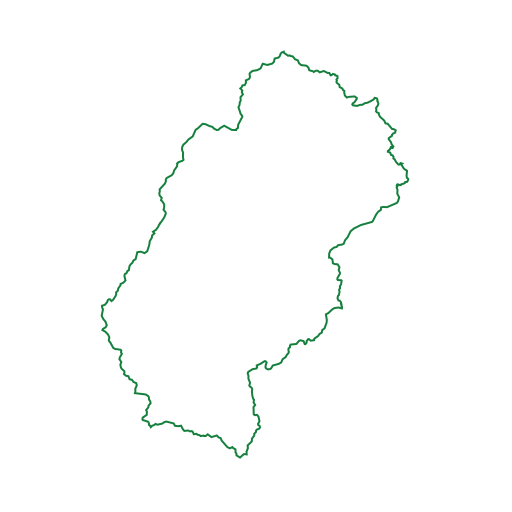 Phato, Chumphon, Thailand, rotated 347°
{"feature_id": "78962969B64090503691360", "entity_name": "Phato", "entity_type": "district", "adm_level": 2, "iso_a3": "THA", "parent_name": "Thailand", "parent_adm1": "Chumphon", "projection": "mercator", "projection_center": [98.813, 9.803], "detail": "fine", "context": "isolated", "style": "outline", "palette": "green", "viewbox_px": 512, "rotation_deg": 347, "n_neighbors": 0, "source": "geoboundaries", "source_scale": "gbopen_adm2", "svg_char_len": 6087}
<svg xmlns="http://www.w3.org/2000/svg" viewBox="0 0 512 512"><g transform="rotate(347 256 256)"><path d="M195.1,448.8L199.6,446.3L202.3,447.2L202.7,444.6L204.9,441.4L205.2,438.7L210.1,435.8L211.0,433.0L213.9,430.6L214.3,428.8L216.3,427.6L216.8,426.1L217.8,425.3L220.2,425.0L221.4,423.8L221.3,422.3L220.2,421.2L220.2,420.1L222.2,417.8L222.3,413.0L221.2,411.0L219.0,410.8L218.2,409.7L219.6,402.6L221.7,401.0L220.7,398.2L221.7,395.5L221.1,394.4L221.0,391.5L221.5,387.2L222.4,384.8L222.0,383.2L220.5,381.5L220.4,380.5L221.7,378.3L221.0,373.6L221.7,371.3L221.5,368.6L222.3,367.2L227.2,365.5L231.0,365.7L232.0,364.9L232.1,362.8L236.4,362.0L240.7,360.4L241.6,360.7L242.4,362.0L240.6,365.2L240.2,366.9L240.5,367.7L242.1,369.2L244.4,369.3L245.4,368.9L247.7,366.5L254.1,366.2L256.6,365.4L258.8,362.5L262.1,361.2L264.2,358.9L265.6,358.1L266.4,356.9L266.4,354.9L266.9,353.4L268.6,352.5L268.9,350.9L269.9,350.1L275.5,350.8L279.0,348.3L280.5,348.2L283.2,349.6L283.7,352.8L284.3,353.0L285.7,352.0L286.2,350.3L288.2,348.7L288.8,348.8L290.3,350.8L293.7,351.1L294.3,349.6L298.6,347.9L300.4,346.2L302.8,345.5L303.8,343.1L306.5,341.9L309.8,336.8L310.6,334.4L311.0,328.6L313.6,327.9L318.4,325.1L320.6,324.4L324.6,324.7L327.9,326.4L328.4,324.7L328.0,323.9L328.5,322.2L328.0,321.8L328.4,320.1L327.6,318.5L326.3,317.8L325.9,315.5L326.9,313.3L327.8,312.9L328.6,311.4L329.4,309.5L329.3,307.7L330.7,306.2L330.9,304.4L332.6,302.6L333.9,299.2L333.6,298.8L330.3,297.8L330.0,296.9L330.6,295.5L333.7,292.3L334.0,291.0L333.4,288.4L334.8,285.7L333.6,282.4L331.1,281.7L329.3,280.4L329.7,276.5L328.0,274.4L326.8,274.0L327.9,270.0L329.8,267.3L333.9,265.3L336.5,265.3L338.6,263.9L342.2,264.2L344.2,263.8L346.3,260.7L349.6,258.2L353.7,253.2L357.6,251.2L365.3,249.4L376.7,248.9L377.9,248.0L382.4,242.6L385.1,240.3L388.0,239.2L388.8,236.8L391.0,236.8L394.6,237.9L405.2,236.0L406.6,234.7L408.7,231.2L407.7,227.0L408.8,223.2L408.4,221.1L409.5,219.8L408.9,219.2L409.6,218.1L410.3,218.0L412.2,219.4L413.1,219.5L413.6,218.8L416.2,218.7L417.6,218.2L417.8,217.6L420.0,217.7L421.5,215.9L421.6,214.9L420.7,213.8L420.7,211.9L422.3,206.9L420.2,204.8L419.3,203.1L418.2,199.3L419.2,198.8L417.7,198.0L416.6,199.2L415.3,198.9L413.5,195.6L412.9,193.1L411.8,191.9L412.3,190.5L411.8,188.7L410.2,187.8L410.1,185.5L407.9,184.1L408.2,183.3L410.6,182.2L411.9,180.2L412.7,180.2L412.9,181.3L413.4,181.5L414.5,180.2L413.3,177.7L413.1,175.3L411.6,172.2L411.9,171.0L415.5,169.5L415.7,168.6L417.2,167.5L419.3,167.1L420.4,164.9L418.6,163.3L417.2,162.9L414.0,156.7L412.0,155.9L411.4,152.9L408.2,148.3L407.6,146.1L407.7,144.3L406.1,143.2L405.5,142.1L406.3,140.3L406.2,138.8L408.5,136.8L409.5,135.2L409.5,133.5L409.0,132.4L409.5,131.4L409.2,129.6L407.2,128.6L405.7,130.0L401.9,131.1L399.2,131.7L396.5,131.6L393.4,132.6L391.6,132.1L388.3,132.5L384.4,131.0L383.9,130.1L384.5,129.1L386.5,128.3L389.3,125.8L389.8,124.8L388.0,122.7L382.0,121.8L380.1,122.0L378.7,119.6L378.7,116.8L379.2,115.0L378.2,114.0L377.8,112.2L375.5,110.2L375.7,108.0L373.6,105.3L373.6,104.2L374.3,103.3L374.1,102.1L375.5,101.1L375.8,98.8L373.8,97.8L373.7,96.9L371.9,95.9L370.1,96.8L369.3,96.7L368.6,94.1L366.9,93.7L363.7,91.0L359.4,91.4L357.9,89.4L356.0,88.9L353.7,89.7L353.3,89.0L349.7,87.0L349.5,84.4L348.4,82.5L347.5,81.7L343.0,80.2L341.3,77.9L340.8,74.8L338.4,73.2L336.7,69.8L334.6,68.9L333.9,68.1L332.3,68.1L328.9,64.2L329.0,63.2L326.9,63.5L325.6,64.3L324.3,66.4L322.7,67.7L318.6,67.8L317.1,70.9L315.0,72.2L310.0,72.4L305.8,70.2L302.7,74.2L299.0,75.2L294.4,74.9L293.2,75.3L291.1,76.5L290.6,77.3L290.5,79.8L289.8,81.2L288.8,82.0L285.6,82.6L285.2,84.9L283.4,87.0L281.2,86.7L279.9,88.4L278.4,89.2L279.9,91.7L279.0,93.2L279.6,95.6L276.6,97.8L276.0,101.2L274.8,102.6L273.8,105.4L272.4,107.0L273.0,114.1L274.0,116.2L274.0,117.3L268.2,124.0L267.1,127.3L265.5,127.9L265.0,128.8L260.8,127.7L254.3,121.9L249.9,123.3L247.8,124.6L246.1,124.4L243.9,122.6L242.5,120.3L240.1,119.1L236.6,116.3L233.7,115.2L227.8,118.7L225.6,119.4L221.2,125.3L216.5,127.2L213.7,129.4L210.4,131.1L208.6,133.2L207.8,136.0L208.2,138.8L207.0,143.5L207.0,146.0L205.6,146.7L201.7,147.1L199.9,148.1L200.1,148.7L199.0,151.1L195.5,154.2L194.0,156.8L191.9,158.4L186.5,159.9L185.3,161.2L185.0,162.9L183.6,164.9L177.1,169.4L176.8,171.4L175.9,173.1L175.7,175.3L177.2,178.2L176.0,180.3L176.9,181.5L178.2,185.1L177.3,188.4L176.3,190.1L177.7,192.9L177.7,194.3L175.4,197.6L171.3,201.5L170.1,202.1L169.9,202.9L169.0,203.3L167.1,205.7L164.3,208.1L161.1,209.2L162.1,211.1L159.4,212.6L158.7,214.6L155.8,217.7L154.5,221.2L151.1,226.9L148.0,228.1L144.8,225.9L141.2,225.6L138.0,232.0L135.6,232.8L134.0,234.8L131.9,236.0L130.4,237.5L128.9,241.3L127.5,241.6L125.8,243.7L124.5,243.9L123.9,244.5L123.3,245.9L123.3,250.5L120.6,252.2L117.7,252.8L117.3,254.1L114.5,256.6L113.7,258.6L111.5,260.0L111.3,261.5L110.4,263.1L107.1,266.4L105.1,267.4L104.0,265.4L102.9,265.1L101.6,265.7L100.6,267.5L97.7,269.6L94.8,269.8L94.5,271.8L94.9,273.5L92.2,279.6L93.0,283.0L94.6,286.2L95.0,289.9L93.4,291.7L90.5,292.6L89.7,293.6L92.3,296.0L94.2,299.3L94.8,302.3L93.7,304.8L93.7,306.1L94.5,307.2L96.3,313.6L97.9,314.9L102.8,316.8L103.5,317.7L102.8,319.6L103.3,321.2L100.6,324.0L99.7,325.7L100.9,329.0L99.4,331.4L99.3,334.2L99.8,335.8L101.8,338.6L101.6,340.0L100.8,341.3L102.3,343.4L104.6,344.4L105.1,347.7L107.3,348.7L108.3,351.2L110.7,352.9L110.8,355.1L108.4,358.4L108.1,360.6L107.2,362.4L117.4,366.1L119.5,368.3L119.8,369.5L119.5,371.9L120.3,373.8L120.1,375.9L117.9,377.4L116.8,379.5L114.3,381.4L114.7,383.2L113.8,386.2L109.4,387.9L108.7,389.0L108.7,390.3L113.6,393.2L114.1,395.1L113.7,396.5L114.6,397.5L115.0,399.1L116.6,398.0L118.5,397.9L120.4,397.0L121.7,398.1L122.9,398.2L127.0,398.2L129.4,397.2L131.5,397.2L138.1,400.6L138.9,403.3L142.2,404.4L144.8,404.5L145.8,408.4L146.8,410.3L150.7,410.8L152.3,412.1L154.0,412.1L154.9,413.4L155.3,415.7L157.9,415.8L158.9,417.1L160.8,417.9L161.5,419.0L164.6,419.2L164.8,419.7L166.5,420.1L168.8,418.9L171.8,422.4L177.5,422.1L178.7,424.3L180.6,425.5L181.0,428.1L185.2,435.9L187.3,437.5L190.0,436.9L190.6,438.1L192.5,439.8L191.9,442.9L192.5,444.1L192.1,445.8L195.1,448.8Z" fill="none" stroke="#15803d" stroke-width="2"/></g></svg>